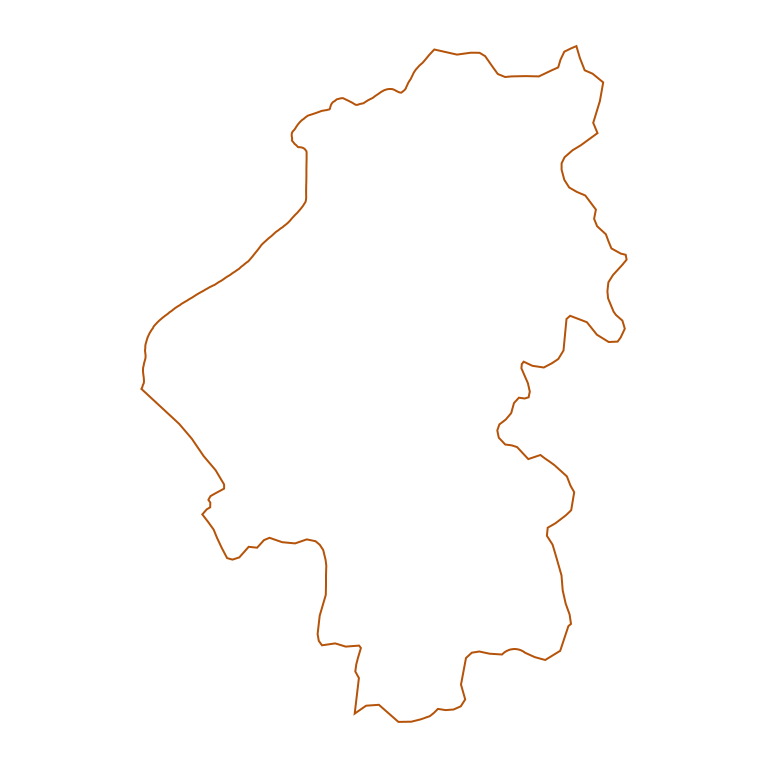 the district of Qatana, Rif Dimashq, Syria
{"feature_id": "27442178B63011141740515", "entity_name": "Qatana", "entity_type": "district", "adm_level": 2, "iso_a3": "SYR", "parent_name": "Syria", "parent_adm1": "Rif Dimashq", "projection": "equal_earth", "projection_center": [36.018, 33.361], "detail": "fine", "context": "isolated", "style": "outline", "palette": "amber", "viewbox_px": 768, "rotation_deg": 0, "n_neighbors": 0, "source": "geoboundaries", "source_scale": "gbopen_adm2", "svg_char_len": 5969}
<svg xmlns="http://www.w3.org/2000/svg" viewBox="0 0 768 768"><path d="M620.6,337.6L624.8,328.7L622.4,320.6L616.0,315.0L613.6,311.7L608.1,298.4L607.4,291.2L608.4,282.3L613.0,275.0L620.8,266.5L621.7,265.5L621.9,265.3L622.6,264.5L623.0,264.1L623.3,263.6L626.6,259.7L625.7,254.8L620.8,253.6L611.4,248.4L608.4,241.1L605.9,234.3L597.1,226.2L594.1,218.8L595.9,209.6L585.3,195.5L576.8,191.9L569.2,187.5L564.3,179.8L561.6,169.7L561.6,163.3L564.6,157.2L572.5,150.3L580.9,145.2L597.5,133.1L593.2,122.8L594.1,120.0L599.9,101.0L603.2,82.4L592.6,73.7L584.7,70.3L579.8,57.8L576.4,46.1L570.8,48.5L564.3,51.7L560.5,59.7L558.2,67.4L551.7,70.3L538.9,76.4L525.3,76.1L511.6,76.4L505.1,77.0L497.8,74.0L492.5,66.7L485.2,56.2L479.6,52.8L470.8,52.7L457.0,54.6L434.3,49.5L433.9,49.9L432.7,51.2L429.4,54.7L425.2,59.8L422.4,63.0L420.6,64.5L419.1,65.9L417.1,68.2L416.2,69.1L415.1,70.6L413.7,72.8L411.2,78.0L410.6,79.2L408.9,81.7L407.9,83.5L407.3,85.0L406.4,86.8L405.8,88.5L404.4,90.2L401.4,92.6L400.3,92.6L398.6,92.1L396.1,90.8L395.9,90.7L394.3,89.8L392.3,89.1L390.8,89.0L390.0,89.0L388.1,89.1L386.8,89.4L384.5,90.1L381.3,91.8L378.2,94.0L375.5,95.8L372.6,98.0L369.9,99.3L367.8,100.4L367.4,100.7L366.4,101.3L363.3,103.3L361.4,103.7L360.1,103.9L358.5,104.5L357.1,104.9L355.7,104.8L354.5,104.1L352.4,102.8L348.7,100.9L344.1,98.7L342.8,98.1L340.9,98.3L339.2,98.7L336.6,99.4L335.3,100.6L333.0,102.1L331.8,103.4L331.0,104.9L330.3,107.1L329.9,108.8L329.4,109.4L327.9,109.7L326.9,110.0L324.0,110.5L321.6,110.9L318.5,112.1L312.7,114.1L308.2,115.5L306.8,116.4L305.3,117.5L303.8,118.8L301.7,120.3L300.1,121.9L299.1,123.0L297.7,124.7L296.0,127.2L295.2,128.6L294.2,129.9L292.8,131.4L292.7,131.5L291.9,133.0L291.7,134.6L291.7,136.2L292.1,137.9L292.1,139.3L291.9,140.1L292.2,140.9L293.7,142.6L294.5,143.8L295.8,144.8L298.1,147.1L299.9,147.2L301.3,147.4L302.8,147.8L304.5,148.8L306.4,151.1L306.6,152.5L306.6,157.1L306.6,159.4L306.5,163.0L306.4,169.3L306.4,175.8L306.3,182.6L306.2,185.2L306.1,191.5L306.2,197.7L305.8,200.9L305.4,202.1L304.6,203.3L303.1,205.7L301.3,208.1L299.6,210.1L297.1,213.0L295.0,215.0L291.6,218.7L289.9,220.8L287.7,223.0L285.2,225.1L284.2,225.8L282.7,227.1L280.3,228.7L277.9,230.6L275.8,232.0L271.4,236.1L268.7,238.2L266.4,240.3L265.3,241.3L263.3,243.1L261.3,245.1L260.2,246.7L258.6,248.8L257.1,250.7L255.4,252.8L254.1,254.4L252.3,256.7L250.5,258.8L248.3,261.3L245.9,263.0L244.2,264.4L242.7,265.7L241.4,266.6L238.8,269.0L236.6,270.4L234.8,271.7L232.4,273.2L230.6,274.6L228.5,275.9L226.8,276.9L225.2,278.0L222.7,279.8L220.5,281.2L219.1,281.9L218.9,282.0L216.4,283.7L215.9,284.0L214.4,285.0L213.3,285.4L211.1,286.5L209.9,287.0L207.6,288.4L205.2,289.7L204.1,290.4L202.0,291.6L199.6,292.9L197.0,294.4L195.6,295.3L194.5,296.0L191.9,297.7L189.7,298.9L186.9,300.7L184.8,301.9L183.3,302.8L181.7,303.7L180.1,305.0L177.9,306.3L175.7,307.7L173.7,309.2L171.5,311.0L169.1,312.6L167.6,314.0L165.9,315.2L164.4,316.3L162.5,317.8L160.3,319.7L160.0,319.9L158.6,321.2L157.0,322.8L155.5,324.4L153.7,326.4L152.9,328.2L151.6,329.9L149.9,332.6L148.8,334.8L147.7,337.2L146.9,339.6L146.2,342.1L145.6,344.2L145.3,346.0L145.3,347.9L145.0,350.6L145.3,353.0L145.6,355.6L145.5,358.1L144.7,361.0L144.0,363.5L143.6,365.9L143.1,367.7L143.0,369.7L143.0,371.5L143.3,374.5L143.7,377.2L143.9,379.5L144.0,381.2L143.7,383.4L142.8,385.2L142.3,387.2L141.4,388.9L179.1,423.8L191.8,438.7L203.7,456.2L204.5,457.1L215.6,470.2L224.1,484.5L224.1,488.6L214.9,493.6L210.5,496.1L208.4,499.8L210.3,502.6L210.2,507.3L206.7,509.4L202.3,514.4L208.1,521.9L213.7,529.7L217.0,537.8L221.7,547.8L227.1,558.1L232.5,559.6L239.3,557.4L248.7,546.8L257.1,547.7L264.0,540.1L269.5,537.8L282.2,542.2L295.1,543.4L306.8,539.4L307.3,539.5L315.5,541.2L319.7,544.7L323.2,550.0L324.1,553.7L325.6,559.9L326.3,565.8L326.0,575.5L326.0,584.5L325.8,594.8L324.6,598.9L319.7,615.7L317.6,634.1L318.8,640.9L322.0,645.3L335.2,643.4L345.7,646.6L359.1,645.6L360.9,648.0L357.9,658.1L356.3,664.3L355.3,671.5L358.9,678.0L354.7,713.6L366.1,705.7L378.9,704.8L398.4,721.9L411.3,721.7L420.9,719.3L429.9,716.1L434.0,712.8L437.9,708.9L445.6,710.1L453.6,709.5L460.8,706.3L465.2,699.4L461.0,684.6L466.0,658.0L471.8,652.7L479.3,651.5L489.5,653.7L502.0,654.5L502.2,654.3L502.4,654.1L502.6,653.9L502.8,653.8L503.0,653.6L503.2,653.4L503.4,653.2L503.6,653.1L503.8,652.9L504.0,652.7L504.4,652.4L504.6,652.3L504.8,652.1L505.0,652.0L505.2,651.8L505.5,651.7L505.9,651.4L506.1,651.3L506.4,651.2L506.6,651.0L506.8,650.9L507.0,650.8L507.3,650.7L507.5,650.6L508.0,650.4L508.4,650.2L508.7,650.1L508.9,650.0L509.2,649.9L509.4,649.8L509.6,649.8L509.9,649.7L510.1,649.6L510.4,649.6L510.6,649.5L510.9,649.4L511.1,649.4L511.4,649.3L511.6,649.3L511.9,649.3L512.1,649.2L512.4,649.2L512.6,649.1L512.9,649.1L513.1,649.1L513.4,649.1L513.6,649.1L513.9,649.0L514.1,649.0L514.4,649.0L514.6,649.0L514.9,649.0L515.1,649.0L515.4,649.0L515.6,649.1L515.9,649.1L516.1,649.1L516.4,649.1L516.6,649.2L516.9,649.2L517.1,649.2L517.4,649.3L517.6,649.3L517.9,649.4L518.1,649.4L518.4,649.5L518.6,649.5L518.8,649.6L519.1,649.7L519.3,649.7L519.6,649.8L519.8,649.9L520.1,650.0L520.3,650.1L520.5,650.1L520.8,650.2L521.0,650.3L521.5,650.5L521.9,650.8L522.2,650.9L522.4,651.0L522.6,651.1L522.9,651.2L523.1,651.4L523.3,651.5L523.5,651.6L523.7,651.8L524.0,651.9L524.2,652.1L524.4,652.2L524.6,652.4L524.8,652.5L525.0,652.7L534.7,657.1L545.2,660.0L560.2,650.8L568.4,626.1L571.0,623.9L569.6,614.5L565.7,603.7L562.7,590.4L561.5,575.4L556.3,557.2L552.6,544.7L546.9,535.8L547.7,527.7L555.4,523.3L566.0,515.2L571.2,510.2L574.2,492.2L570.5,485.7L566.9,476.4L554.5,465.2L549.3,461.4L545.3,458.7L540.4,455.0L528.3,459.1L517.1,447.1L511.9,445.4L505.2,444.5L498.8,437.7L498.0,434.0L497.3,430.4L499.4,424.4L505.8,419.5L511.2,413.1L514.0,403.0L518.9,397.7L524.6,398.5L528.6,397.3L529.8,391.6L527.9,383.2L524.1,374.5L521.4,368.3L521.8,364.1L523.7,361.7L532.4,365.8L543.8,367.5L552.0,363.2L558.3,359.0L563.5,350.5L566.5,319.0L570.1,315.8L586.9,322.2L596.9,334.7L608.7,342.0L617.6,341.6L620.6,337.6Z" fill="none" stroke="#b45309" stroke-width="2"/></svg>